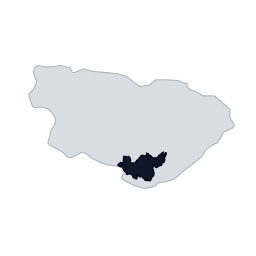 location of Lunana, Gasa, Bhutan, rotated 191°
{"feature_id": "84629894B27866882347456", "entity_name": "Lunana", "entity_type": "district", "adm_level": 2, "iso_a3": "BTN", "parent_name": "Bhutan", "parent_adm1": "Gasa", "projection": "orthographic", "projection_center": [90.007, 27.974], "detail": "fine", "context": "in_parent", "style": "filled", "palette": "ink", "viewbox_px": 256, "rotation_deg": 191, "n_neighbors": 0, "source": "geoboundaries", "source_scale": "gbopen_adm2", "svg_char_len": 6175}
<svg xmlns="http://www.w3.org/2000/svg" viewBox="0 0 256 256"><g transform="rotate(191 128 128)"><path d="M203.4,109.6L203.0,111.2L201.3,115.5L200.3,120.0L201.3,123.8L205.3,128.2L210.6,131.7L217.3,131.9L223.4,130.4L225.9,130.9L229.4,136.9L231.8,142.0L228.7,147.4L227.0,152.1L226.4,155.4L226.8,156.8L228.8,159.5L231.2,164.0L231.6,168.2L230.2,171.1L227.0,172.5L223.6,172.1L220.8,172.2L217.3,172.8L211.8,174.4L206.7,176.5L197.1,176.2L193.2,172.1L191.4,172.1L182.7,177.6L173.2,176.8L155.9,178.7L148.7,179.2L141.2,178.6L137.4,177.5L130.4,173.7L124.1,171.0L117.6,173.5L115.4,174.0L110.2,180.5L99.0,182.7L87.8,184.2L84.5,183.3L78.2,182.9L78.0,181.4L78.2,179.9L76.7,178.8L74.2,177.5L69.8,177.0L64.2,175.4L60.9,173.8L49.4,176.0L42.8,172.6L35.2,167.8L31.4,165.7L30.1,158.4L28.8,156.1L25.8,153.6L24.2,150.7L25.5,147.7L33.1,142.3L33.7,141.0L37.3,130.7L42.2,127.0L47.0,121.8L50.6,113.5L57.6,105.1L65.3,96.4L70.5,89.3L74.0,86.0L81.2,82.4L87.1,80.4L91.3,75.6L96.3,73.0L101.4,71.8L109.0,72.4L116.1,74.1L124.0,76.5L124.9,78.4L124.2,81.8L123.1,85.2L123.1,86.9L124.3,87.9L132.0,88.5L141.4,87.9L146.6,88.4L158.4,91.5L161.9,93.7L165.5,95.4L169.0,95.0L173.4,91.3L178.1,88.2L181.0,87.7L183.1,88.6L186.9,91.6L194.6,94.2L201.6,96.3L203.9,98.2L203.2,106.8L203.4,109.6Z" fill="#d9dde1" stroke="#a8b0b8" stroke-width="1"/><path d="M86.0,110.9L86.4,110.8L86.5,110.7L86.7,110.2L86.8,110.2L87.0,109.8L87.2,109.4L87.7,109.1L87.8,109.0L88.1,109.4L88.5,109.5L88.7,109.8L88.7,110.1L88.9,110.3L88.9,110.6L89.2,110.3L89.4,110.3L89.6,110.1L89.8,110.1L89.9,109.9L90.0,109.8L90.1,109.5L90.3,109.2L90.3,108.8L90.5,108.6L91.0,108.3L91.3,108.2L91.4,107.8L91.6,107.4L91.8,107.2L92.2,107.2L92.4,106.9L92.6,106.4L92.7,106.2L92.8,105.8L93.0,105.6L93.0,105.4L93.3,105.1L93.3,104.9L93.4,104.6L93.5,104.5L93.8,104.4L94.1,104.3L94.2,104.2L94.6,103.9L94.9,103.8L95.4,103.7L95.5,103.8L95.8,103.9L96.2,103.8L96.3,103.8L96.3,103.6L96.5,103.6L96.8,103.4L97.1,103.3L97.4,103.1L97.5,103.1L97.8,103.5L98.2,103.4L98.5,103.5L98.9,103.9L99.2,104.0L99.6,104.4L99.6,104.6L100.0,104.9L100.3,104.8L100.5,104.9L100.8,104.9L100.9,105.0L101.1,105.1L101.4,105.3L101.6,105.3L101.9,105.5L102.2,105.6L102.3,105.7L102.5,105.7L103.0,105.9L103.2,106.0L103.3,106.2L103.3,106.5L103.7,106.5L104.0,106.7L104.4,106.7L104.7,106.8L104.7,106.6L104.7,106.4L104.7,106.1L104.8,105.8L104.8,105.6L104.8,105.4L104.8,105.0L104.7,104.7L104.9,104.2L105.0,104.1L105.4,104.0L105.8,104.0L106.1,103.9L106.3,103.9L106.6,103.7L107.0,103.7L107.4,103.7L107.6,103.6L107.8,103.6L107.9,103.8L108.0,103.8L108.4,104.0L108.8,104.0L109.2,103.7L109.3,103.5L109.6,103.3L109.8,103.0L110.0,102.9L110.2,102.6L110.2,102.4L110.3,102.3L110.3,102.2L110.4,101.9L110.6,101.7L110.7,101.0L110.8,100.8L111.0,100.6L111.1,100.4L111.3,100.2L111.5,100.0L111.7,99.8L111.8,99.6L112.0,99.3L112.1,99.0L112.4,98.7L112.5,98.4L112.8,98.1L112.9,97.8L113.2,97.5L113.5,96.8L113.8,96.5L113.8,96.3L113.8,96.1L113.9,95.8L114.0,95.7L113.9,95.4L114.0,95.1L114.1,94.9L114.3,94.8L114.6,94.8L114.8,94.7L115.3,94.6L115.5,94.7L116.3,94.7L116.5,94.6L116.8,94.5L116.9,94.2L117.3,94.1L117.9,94.0L118.1,94.0L118.3,94.2L118.5,94.6L119.0,94.7L119.4,95.2L119.5,95.4L119.5,95.6L119.5,95.8L119.4,96.1L119.2,96.6L119.3,96.7L119.5,96.9L119.5,97.3L119.9,98.2L120.3,98.6L120.5,98.9L120.6,99.3L121.1,99.4L121.2,99.5L121.5,99.7L121.7,100.0L121.8,100.1L122.0,100.1L122.4,100.0L122.7,99.6L123.1,99.1L123.3,99.1L124.2,99.3L124.6,99.6L124.9,99.5L125.1,99.3L125.2,99.2L125.4,99.1L125.6,99.1L125.8,99.2L125.9,99.4L126.0,99.5L126.4,99.4L126.6,99.1L126.7,98.9L126.7,98.6L126.7,98.4L126.5,98.0L126.4,97.6L126.5,97.5L126.6,97.2L126.6,96.9L126.5,96.6L126.2,96.2L126.1,95.9L126.1,95.7L126.4,95.4L126.4,95.2L126.2,95.0L126.1,94.9L126.0,94.3L125.9,93.6L126.0,93.2L126.4,93.0L126.6,92.7L126.8,92.6L127.3,92.6L127.5,92.6L128.1,92.7L128.4,92.8L128.5,92.8L128.8,92.6L129.0,92.4L129.2,91.8L129.3,91.6L129.5,91.4L130.0,91.2L130.6,90.2L130.8,89.9L130.6,89.6L130.3,89.2L130.1,89.2L129.8,89.2L128.7,88.7L128.0,88.8L127.7,88.6L127.4,88.5L127.2,88.5L127.0,88.9L126.8,89.1L126.1,89.2L125.7,89.1L125.5,88.9L125.2,88.4L125.2,88.0L125.2,87.7L124.9,87.0L124.8,86.7L124.4,86.3L124.2,86.0L123.8,85.9L123.6,85.5L123.2,84.9L122.8,84.7L121.7,84.6L121.4,84.4L121.2,84.1L121.0,83.7L120.9,83.5L120.8,82.5L120.7,82.4L120.4,82.4L119.8,82.4L119.6,82.4L119.2,82.5L118.3,83.5L117.2,83.5L116.0,83.0L114.9,82.7L114.5,82.3L114.0,82.1L113.9,82.0L114.0,81.9L114.1,81.7L114.1,81.3L113.8,81.0L113.7,80.8L113.4,80.7L112.9,80.5L112.4,80.1L111.9,80.1L111.5,80.1L111.0,79.8L109.8,79.8L109.7,79.9L110.2,80.9L110.2,81.1L110.0,81.3L109.7,81.8L109.7,82.0L109.7,82.3L109.9,82.6L110.1,82.7L110.2,83.5L109.4,83.8L108.7,83.6L108.4,83.2L108.0,82.8L107.8,82.6L107.6,82.4L107.1,82.6L106.7,82.6L106.3,82.4L106.1,82.5L105.8,82.8L105.5,83.4L105.0,83.7L104.6,83.5L104.3,83.2L104.1,83.0L104.0,82.1L103.7,81.9L103.3,81.6L103.1,81.6L102.8,81.5L102.4,81.3L101.9,80.5L101.0,80.0L100.3,80.3L100.0,80.3L99.6,80.9L99.4,81.3L99.2,81.5L98.8,81.3L98.7,80.9L98.7,80.7L98.9,80.5L99.0,80.4L99.1,80.2L98.3,80.3L97.5,80.4L97.3,80.4L97.1,80.6L96.9,80.8L96.2,80.6L96.2,80.8L96.1,81.0L95.8,81.4L95.7,81.8L95.3,83.1L95.3,83.3L95.4,83.5L95.6,83.8L95.6,84.4L95.1,84.6L94.8,84.8L94.3,85.2L94.2,85.4L94.1,85.5L94.1,86.0L93.8,86.6L93.8,86.9L93.8,87.0L94.0,87.3L94.0,87.5L93.9,88.3L93.9,89.0L94.6,90.2L95.2,90.6L95.3,90.8L95.2,90.9L94.9,91.2L94.9,91.3L95.1,91.7L95.3,91.8L95.5,91.9L95.6,92.0L95.9,92.1L96.0,92.3L96.1,92.9L96.2,93.3L96.1,93.9L96.1,94.2L96.3,94.6L96.1,95.3L95.8,95.9L95.6,96.0L95.3,96.1L95.1,96.0L94.5,95.7L94.2,95.7L93.7,95.3L93.6,95.0L93.4,94.7L93.0,94.6L92.9,94.7L92.7,94.7L92.5,94.8L92.4,94.8L91.5,95.4L91.2,95.8L91.1,96.1L90.7,96.6L90.2,96.8L89.7,97.2L89.5,97.3L89.1,97.6L88.8,97.6L88.5,97.5L88.3,97.6L88.2,98.0L88.1,98.7L88.0,98.9L87.9,99.1L87.9,99.3L88.0,99.8L87.8,100.0L87.6,100.2L87.2,100.6L86.7,100.9L86.6,101.1L86.3,101.4L86.2,101.6L86.0,101.8L86.0,102.0L86.1,102.4L86.0,102.9L86.0,103.5L86.0,103.8L86.1,104.1L86.1,104.3L86.2,104.8L86.3,105.1L86.5,105.7L86.4,106.1L86.5,106.4L86.5,106.5L86.4,106.9L86.4,107.0L86.2,107.2L86.2,107.4L86.0,107.8L85.9,108.0L86.0,108.2L86.0,108.4L85.9,108.9L85.7,109.3L85.6,109.8L85.8,110.3L85.7,110.5L86.0,110.9Z" fill="#0f172a" stroke="#020617" stroke-width="1.5"/></g></svg>